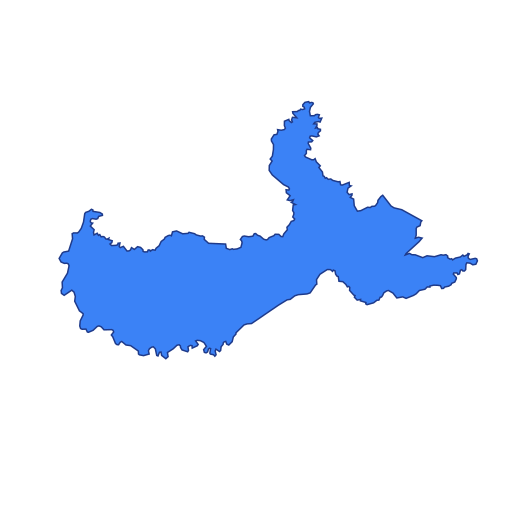 the district of Lages, Santa Catarina, Brazil, rotated 59°
{"feature_id": "56859067B78691306233134", "entity_name": "Lages", "entity_type": "district", "adm_level": 2, "iso_a3": "BRA", "parent_name": "Brazil", "parent_adm1": "Santa Catarina", "projection": "natural_earth1", "projection_center": [-50.368, -28.001], "detail": "fine", "context": "isolated", "style": "filled", "palette": "blue", "viewbox_px": 512, "rotation_deg": 59, "n_neighbors": 0, "source": "geoboundaries", "source_scale": "gbopen_adm2", "svg_char_len": 6126}
<svg xmlns="http://www.w3.org/2000/svg" viewBox="0 0 512 512"><g transform="rotate(59 256 256)"><path d="M380.7,99.0L378.7,96.0L377.6,95.4L373.1,96.2L372.4,95.2L374.0,92.4L375.8,92.5L376.1,90.8L373.5,88.1L373.7,86.7L375.4,86.4L376.2,85.0L375.7,83.3L371.4,80.4L370.4,78.7L372.5,76.1L375.2,74.7L376.3,71.8L374.2,68.7L372.0,68.3L370.9,69.3L369.3,74.1L368.4,74.7L366.8,75.1L365.2,74.1L364.0,72.1L363.0,72.9L363.7,74.4L363.4,77.9L361.7,78.2L362.1,81.3L360.5,86.2L360.6,89.5L359.1,89.7L358.6,91.3L356.1,92.6L354.8,91.7L352.7,92.5L351.8,95.0L350.2,96.8L348.5,103.4L343.9,109.3L343.3,113.9L337.0,118.9L335.2,121.7L332.8,123.1L332.0,127.5L331.2,126.1L327.7,108.8L326.2,104.4L323.6,107.1L322.8,110.3L320.7,108.0L314.9,104.5L314.1,103.2L314.5,99.7L311.7,97.2L311.2,95.7L291.4,107.2L285.8,112.9L282.7,114.5L269.2,116.1L269.4,118.4L271.1,122.8L272.9,124.2L274.3,127.4L274.4,128.8L273.1,131.1L273.3,133.1L271.7,135.2L271.1,142.8L269.8,146.0L263.5,145.9L257.5,143.0L254.3,145.0L253.3,142.4L252.2,141.7L251.3,144.6L248.3,145.1L245.2,142.2L244.9,138.4L243.7,139.7L240.9,138.2L239.6,145.7L238.5,146.8L235.4,145.7L234.8,147.3L230.7,151.3L228.5,152.2L227.5,154.6L225.2,155.2L225.0,156.6L222.9,156.5L221.8,157.3L218.2,155.8L212.5,156.5L211.8,154.5L206.4,155.8L203.0,155.2L203.2,157.0L202.3,158.6L196.6,162.6L194.9,162.7L194.0,160.0L191.6,158.6L190.8,157.3L193.0,154.5L191.8,153.5L186.4,153.3L185.3,152.4L186.8,149.5L186.3,147.9L182.3,149.2L181.2,147.9L181.8,146.3L185.0,142.9L185.5,140.0L183.3,140.2L182.3,138.9L181.9,136.3L180.6,135.5L178.7,137.5L177.5,137.2L177.0,139.0L175.6,136.6L174.2,135.7L172.4,138.5L171.7,136.8L172.9,133.2L174.2,132.1L171.7,128.6L170.6,130.9L169.3,131.1L167.6,129.0L166.2,130.4L165.5,132.2L165.8,133.7L163.8,137.2L159.6,135.7L156.6,132.8L155.1,128.5L154.0,128.3L153.0,129.2L152.3,131.3L150.8,131.3L149.5,134.9L150.4,137.9L151.8,138.8L153.3,138.0L154.9,138.5L154.5,140.6L153.1,142.1L153.7,143.5L153.1,144.8L153.5,146.1L151.2,150.3L152.7,150.9L158.5,149.9L155.9,153.3L157.6,155.4L159.8,155.7L159.8,157.0L157.0,157.9L155.8,157.5L155.1,162.2L158.8,164.5L161.6,165.0L162.2,166.6L161.2,169.6L158.8,172.4L160.5,173.0L162.5,175.5L161.4,178.1L163.6,182.6L165.3,183.5L169.5,183.6L173.8,186.3L178.9,190.6L180.2,193.9L182.9,193.3L185.3,198.0L189.4,200.6L194.9,200.3L209.0,195.6L213.6,192.7L215.7,192.8L216.4,193.9L214.7,196.1L217.4,197.4L221.9,195.7L224.0,200.3L226.1,198.3L227.0,194.9L228.0,196.2L228.2,198.1L232.2,195.7L231.4,197.8L235.9,201.2L238.3,201.2L239.7,202.1L241.5,204.4L244.2,203.8L245.1,205.3L244.5,208.0L246.3,211.2L247.3,214.7L249.6,215.6L251.4,220.8L253.2,223.1L252.2,224.5L249.2,225.3L247.2,228.4L247.8,230.2L247.0,235.3L247.8,237.6L247.5,239.0L245.5,240.8L241.1,242.2L239.0,244.0L236.6,244.7L236.0,246.0L237.4,248.5L235.7,252.4L232.8,255.8L232.3,257.6L233.8,260.9L235.6,260.5L237.5,261.1L240.8,264.5L240.2,268.5L238.7,271.9L237.6,272.6L237.0,275.2L234.1,277.5L230.1,275.9L220.7,290.1L215.1,291.8L213.3,290.5L211.2,291.5L210.4,293.2L207.1,296.4L205.3,297.1L201.2,301.2L201.6,302.6L199.2,307.4L193.6,311.2L192.3,315.1L195.1,318.1L193.9,319.0L193.3,320.7L193.2,324.3L194.3,325.9L194.7,329.8L197.3,333.7L197.9,337.7L199.1,339.5L197.3,341.4L197.4,344.1L196.2,344.0L195.3,345.3L196.5,346.9L195.1,349.5L193.9,350.4L192.4,349.7L189.2,350.5L187.0,352.7L187.7,356.9L184.7,358.4L186.2,360.6L186.2,362.3L185.3,364.0L179.4,364.7L178.9,368.0L177.5,368.4L174.8,365.9L174.0,367.7L175.1,368.7L174.8,370.4L172.7,374.4L170.5,375.0L170.3,372.7L168.9,371.4L165.9,374.0L165.0,373.0L164.9,374.9L164.1,375.9L161.6,376.2L160.5,377.1L159.8,378.9L157.2,378.9L157.2,380.4L154.7,380.4L154.5,384.0L152.0,383.1L150.1,381.2L145.0,382.6L143.7,379.1L142.7,380.2L141.3,380.4L140.2,379.6L139.4,378.5L139.7,376.9L142.1,374.1L142.4,372.4L141.0,370.5L142.1,366.7L140.9,366.1L138.3,367.4L133.8,372.7L132.5,372.1L131.2,373.0L131.6,376.1L130.9,379.6L131.5,381.0L138.1,386.4L142.3,391.5L144.1,395.5L144.3,397.2L142.3,400.4L142.2,402.1L146.8,404.4L155.3,414.1L153.6,418.7L153.6,420.4L156.7,426.0L160.7,426.2L163.6,424.1L164.8,421.8L166.0,421.0L168.0,421.2L173.6,426.4L178.5,435.6L183.6,438.3L185.2,440.8L187.9,442.0L190.9,440.7L190.4,431.5L193.3,430.6L197.6,431.7L201.4,434.7L212.1,435.6L216.3,433.9L217.5,434.5L221.1,440.1L225.2,443.1L227.8,443.7L229.2,442.8L231.1,439.4L234.3,439.7L235.1,438.9L235.8,433.9L234.6,428.4L235.0,426.6L237.0,425.1L241.0,424.3L244.8,417.6L246.1,416.8L247.8,417.1L249.2,420.7L251.4,420.4L258.7,421.5L260.4,420.8L261.3,419.5L260.0,416.9L260.1,415.1L265.3,413.3L268.3,409.6L276.9,405.8L279.5,407.2L280.7,406.8L283.5,403.7L285.0,398.1L281.8,397.0L280.6,395.1L280.4,392.5L280.9,390.8L283.7,390.1L290.1,392.3L291.2,391.5L288.8,388.3L289.4,386.9L292.6,388.1L297.6,386.2L297.0,383.2L293.1,381.6L292.9,374.7L291.8,369.7L292.5,367.6L294.1,367.1L295.5,367.8L298.4,367.8L302.9,363.9L302.2,362.5L298.8,361.1L298.7,359.7L298.8,358.3L299.9,357.0L302.1,358.1L302.7,352.6L302.0,351.1L297.7,351.5L298.0,349.8L299.9,347.3L303.3,345.2L307.9,345.0L309.3,349.1L312.0,349.9L313.3,348.7L313.3,346.9L311.2,344.6L311.1,343.3L312.0,342.6L315.5,345.6L316.6,345.6L318.8,343.2L320.7,342.9L320.1,341.1L316.4,339.9L315.2,338.3L319.1,336.5L318.8,335.0L315.8,332.6L314.8,329.7L313.6,328.8L313.2,327.5L313.6,325.9L316.4,326.5L318.3,325.2L317.2,320.6L313.7,317.1L312.6,313.4L311.5,312.7L308.9,301.8L309.6,298.6L311.6,294.6L309.7,262.3L309.6,251.9L310.8,249.0L310.1,243.3L310.9,239.7L314.8,231.8L315.5,228.6L311.5,219.8L311.5,218.4L307.4,216.3L304.6,210.6L304.3,201.9L306.0,199.2L308.6,198.3L307.9,197.0L309.4,195.9L312.5,197.1L314.9,197.0L316.0,196.1L320.4,197.9L322.7,194.8L326.6,193.6L329.5,193.6L329.8,192.2L331.2,191.8L333.7,193.5L339.9,192.3L340.9,191.5L342.0,192.9L345.9,192.0L347.1,188.7L348.2,189.6L352.5,185.7L353.5,186.6L354.9,185.9L356.7,179.3L356.2,175.1L357.1,173.4L355.3,170.8L355.8,169.6L355.1,167.9L353.4,165.4L353.2,161.9L353.8,160.2L358.3,157.7L364.5,156.9L366.6,151.3L369.6,149.2L370.9,141.3L370.9,138.2L369.7,133.7L371.5,128.3L370.7,125.1L372.2,122.9L371.3,122.4L372.5,118.7L374.5,115.6L376.4,113.2L379.5,113.6L380.3,112.0L379.8,110.2L381.1,106.4L381.1,103.5L380.2,102.4L380.7,99.0Z" fill="#3b82f6" stroke="#1e3a8a" stroke-width="1.5"/></g></svg>